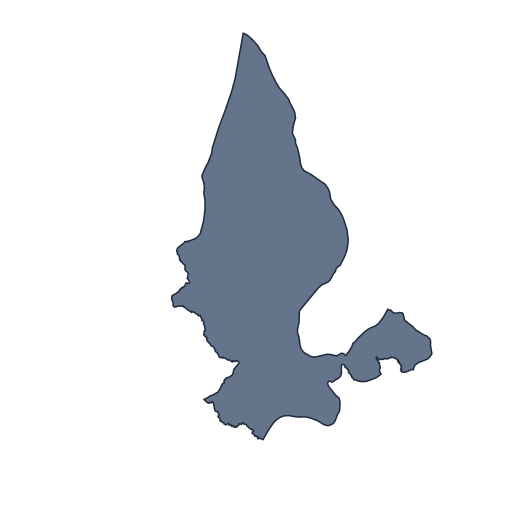 Khong Chiam, Ubon Ratchathani, Thailand (orthographic projection), rotated 323°
{"feature_id": "78962969B36497134874209", "entity_name": "Khong Chiam", "entity_type": "district", "adm_level": 2, "iso_a3": "THA", "parent_name": "Thailand", "parent_adm1": "Ubon Ratchathani", "projection": "orthographic", "projection_center": [105.428, 15.463], "detail": "fine", "context": "isolated", "style": "filled", "palette": "slate", "viewbox_px": 512, "rotation_deg": 323, "n_neighbors": 0, "source": "geoboundaries", "source_scale": "gbopen_adm2", "svg_char_len": 6166}
<svg xmlns="http://www.w3.org/2000/svg" viewBox="0 0 512 512"><g transform="rotate(323 256 256)"><path d="M313.2,441.6L313.8,440.9L317.2,438.8L321.9,439.0L330.7,441.5L333.6,441.4L337.0,440.3L337.8,439.6L341.5,432.5L344.1,429.3L345.1,426.9L344.5,424.6L344.4,422.8L343.3,421.3L341.7,418.1L340.3,413.9L339.5,412.6L338.9,409.2L338.7,406.3L338.1,405.2L338.0,403.8L337.1,401.5L337.0,400.0L336.3,398.0L336.3,395.6L337.6,393.7L337.7,392.4L338.5,391.3L338.6,389.5L336.6,387.5L333.8,386.2L332.2,384.8L331.2,383.0L331.1,380.3L330.0,379.6L329.3,377.8L320.7,381.6L313.8,383.5L309.9,383.8L303.0,382.1L298.3,381.8L287.8,383.0L283.9,384.1L280.5,384.1L278.8,385.6L274.3,387.6L268.5,389.3L267.7,389.3L267.2,386.8L266.1,385.3L265.6,385.0L261.1,384.5L259.7,383.6L256.1,379.3L253.4,377.1L243.5,372.8L240.8,370.9L239.4,369.3L236.5,362.8L236.0,360.1L236.3,356.7L238.0,352.6L240.0,349.5L241.5,346.6L243.5,341.4L245.9,338.7L250.6,334.7L256.9,326.8L258.1,325.8L286.6,319.0L291.3,318.7L297.6,320.1L299.9,320.0L301.3,319.6L306.9,316.9L309.7,316.3L312.9,314.1L318.0,313.9L326.1,309.9L332.2,306.0L336.8,301.6L339.5,298.4L344.5,289.8L348.4,278.3L349.3,274.5L349.9,268.7L349.2,262.2L349.9,255.6L353.2,249.2L353.6,247.8L354.1,246.0L354.4,240.6L354.1,239.0L352.9,236.2L349.2,224.4L345.8,217.0L345.7,213.0L347.3,208.6L349.9,204.2L353.9,195.3L355.7,189.2L357.5,186.9L358.9,179.9L363.0,175.6L366.1,172.9L370.8,169.5L371.0,168.7L372.9,165.5L373.9,163.0L375.4,153.6L376.4,150.6L376.4,142.5L375.7,135.9L376.6,128.1L377.0,126.8L377.7,122.2L379.6,114.3L383.8,101.6L383.2,95.6L384.0,89.1L383.3,80.6L381.9,74.0L379.8,70.4L346.5,101.4L335.4,110.1L319.7,120.7L302.5,131.7L286.1,143.5L282.5,147.2L273.2,153.0L270.7,153.9L261.2,159.2L259.7,161.7L259.1,164.4L257.0,168.8L256.2,170.0L255.4,170.5L255.2,171.3L253.0,173.3L251.9,174.8L249.1,180.3L246.0,184.6L243.1,188.3L235.9,195.9L225.2,204.4L223.2,205.1L220.3,205.6L217.4,205.4L212.3,203.9L210.5,203.7L210.7,203.2L209.8,203.2L208.6,202.0L207.7,201.7L206.2,202.3L198.9,202.4L197.7,202.7L195.6,204.3L195.3,206.0L194.4,207.0L194.8,208.7L193.8,211.5L193.0,212.3L193.0,213.5L192.6,213.8L192.8,215.6L193.3,215.7L193.0,218.0L193.9,220.7L193.4,221.0L192.2,223.0L191.2,223.6L191.4,224.3L190.9,225.3L191.0,226.1L191.7,228.4L191.3,229.3L187.5,232.7L187.8,233.4L187.4,236.6L186.5,237.6L184.8,236.5L184.6,235.8L183.9,235.6L183.0,235.7L182.6,236.3L180.6,237.3L179.6,236.8L178.2,237.2L178.1,236.8L177.5,236.6L177.0,237.0L175.5,236.9L175.3,237.3L174.6,236.9L173.9,237.8L173.2,238.0L172.1,237.7L169.7,237.9L166.0,237.2L164.5,237.4L164.0,238.3L162.7,239.6L161.4,244.1L160.3,245.2L159.7,246.4L159.8,247.1L160.4,247.9L164.6,249.7L166.7,251.7L167.9,252.2L167.7,253.5L168.2,253.8L168.2,254.6L169.5,259.5L170.3,260.1L170.3,261.5L170.8,261.6L170.7,262.3L171.6,262.4L172.1,263.1L172.9,263.5L173.1,265.5L174.3,267.1L173.9,268.0L174.3,268.4L174.2,269.3L175.7,269.9L175.2,270.8L175.4,271.9L174.7,273.3L174.6,275.0L174.3,275.1L174.9,275.3L174.9,276.3L174.2,277.7L173.2,278.5L173.3,280.2L172.7,280.7L172.6,281.5L171.2,283.8L171.3,284.6L169.2,284.9L168.2,286.6L166.8,287.3L167.1,288.5L166.8,289.1L167.5,290.5L167.2,291.0L167.4,291.4L167.0,292.1L167.1,292.7L166.2,293.2L165.9,294.9L166.2,297.6L166.5,297.8L166.1,299.6L166.3,301.3L167.2,302.5L167.4,303.3L167.2,304.8L166.8,305.5L167.1,306.0L166.1,307.6L166.7,310.4L166.4,313.0L165.7,314.6L166.3,315.6L167.7,316.6L167.8,317.2L168.6,316.9L169.0,317.3L168.9,318.0L169.7,318.7L170.1,320.2L170.9,320.9L170.7,321.9L171.5,322.6L172.2,322.8L172.8,325.4L173.5,326.0L174.1,325.7L174.0,326.6L175.0,326.4L176.1,327.9L176.9,327.6L177.2,328.2L177.8,328.1L178.5,330.6L177.9,331.4L170.4,333.1L166.5,336.2L164.8,336.8L160.9,336.3L158.9,335.3L158.0,335.9L156.5,335.7L155.0,336.8L154.5,338.2L153.9,337.9L152.3,337.8L148.8,339.7L144.1,341.7L138.1,341.1L134.6,340.0L132.0,340.1L130.1,339.5L128.1,339.3L128.7,343.0L129.6,345.1L130.9,345.7L131.2,345.5L132.3,346.3L133.0,345.8L133.5,346.5L133.2,348.4L130.3,354.4L130.2,355.6L131.4,357.0L131.2,360.3L130.5,361.2L129.2,361.0L128.9,362.5L129.4,363.3L128.0,366.3L128.4,367.0L129.2,367.4L128.9,368.3L129.1,368.9L130.0,370.2L129.4,371.0L130.5,372.8L132.6,372.9L133.6,373.4L133.5,373.6L134.0,373.6L133.5,373.8L133.4,374.5L133.7,375.0L133.1,375.0L134.6,376.2L134.8,376.8L134.2,377.3L134.9,377.5L135.2,378.1L135.7,378.3L135.2,379.9L135.6,379.5L136.2,380.4L137.6,380.4L137.9,381.1L139.0,380.2L139.9,380.8L140.9,380.6L141.4,379.8L142.1,380.1L143.0,381.8L145.0,381.3L145.4,381.6L145.6,382.2L145.2,383.0L146.2,383.9L146.7,384.7L146.5,386.6L146.9,387.4L146.8,388.4L147.5,390.0L147.6,391.7L149.2,393.0L148.6,394.4L147.4,394.3L146.4,394.8L146.3,395.6L147.2,397.6L146.5,398.9L148.7,401.3L147.9,401.8L147.5,403.0L149.6,404.3L151.1,406.9L160.9,402.7L168.2,400.2L171.6,399.4L174.1,399.1L178.5,399.4L182.3,400.6L186.4,403.4L190.5,407.9L194.7,411.5L197.3,413.1L199.7,415.3L201.6,417.7L206.1,424.7L208.6,431.3L210.4,433.8L211.6,434.9L213.1,435.6L216.9,436.3L220.0,435.3L225.5,431.8L229.5,430.0L235.0,423.5L236.4,420.7L236.8,419.2L235.8,414.7L235.6,406.0L235.7,403.1L236.6,400.6L238.1,400.0L239.5,400.0L240.5,402.2L241.7,402.8L244.5,402.8L248.0,403.3L250.8,403.0L253.1,401.7L258.0,395.3L258.9,394.5L259.5,394.4L261.0,396.1L260.6,397.3L260.9,397.9L260.1,398.7L261.2,400.7L260.9,401.3L261.2,402.5L260.5,403.2L260.6,404.3L260.0,404.6L259.8,405.5L260.6,408.0L259.9,408.7L260.1,409.4L259.5,410.5L260.0,411.7L259.6,413.6L260.1,414.4L261.0,414.7L262.3,417.3L264.9,420.0L268.5,422.5L275.5,424.7L279.7,425.7L284.8,425.6L285.6,421.5L286.2,420.9L287.3,420.6L288.8,418.8L288.8,417.7L290.2,415.8L290.2,415.2L289.7,414.7L290.2,413.1L290.2,411.3L290.5,409.9L291.3,409.2L291.6,410.1L291.3,410.7L291.9,411.5L291.9,413.1L293.1,413.3L294.7,414.7L296.1,415.4L297.0,415.1L299.0,417.4L301.0,417.5L302.2,418.4L302.8,418.0L303.3,418.1L304.0,419.4L305.2,420.4L305.3,421.5L306.0,421.6L306.1,422.7L306.5,423.3L306.3,424.0L306.8,424.6L306.6,425.5L306.1,425.3L305.6,426.1L305.8,426.6L306.4,426.4L306.6,426.9L305.8,428.2L306.3,430.7L305.7,430.8L305.5,431.7L304.7,432.4L304.7,433.1L304.2,433.1L304.0,433.5L303.6,433.4L303.7,434.5L302.8,434.6L302.6,435.4L302.8,436.6L304.8,438.4L306.4,439.1L312.0,440.3L313.2,441.6Z" fill="#64748b" stroke="#1e293b" stroke-width="1.5"/></g></svg>